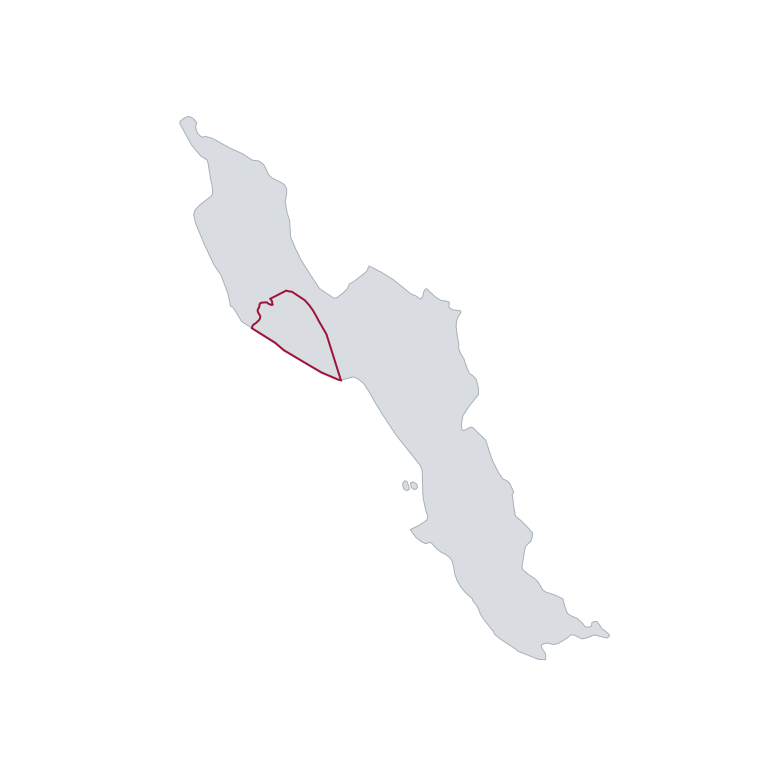 location of Mangochi within Malawi, rotated 153°
{"feature_id": "MWI-1910", "entity_name": "Mangochi", "entity_type": "District", "adm_level": 1, "iso_a3": "MWI", "parent_name": "Malawi", "parent_adm1": "", "projection": "equal_earth", "projection_center": [35.307, -14.139], "detail": "coarse", "context": "in_parent", "style": "outline", "palette": "rose", "viewbox_px": 768, "rotation_deg": 153, "n_neighbors": 0, "source": "natural_earth", "source_scale": "10m", "svg_char_len": 3734}
<svg xmlns="http://www.w3.org/2000/svg" viewBox="0 0 768 768"><g transform="rotate(153 384 384)"><path d="M316.2,448.9L312.8,442.8L310.0,444.3L306.2,448.6L304.1,449.8L303.0,449.6L302.3,448.6L301.5,445.8L298.5,437.9L295.1,432.3L291.6,430.1L288.7,427.5L289.9,425.0L291.3,423.3L290.7,421.4L289.0,418.7L282.8,414.8L282.6,413.1L288.2,409.7L291.7,405.7L294.0,401.8L297.0,393.3L299.4,384.9L301.2,382.2L301.9,376.5L301.4,370.2L302.6,362.2L303.2,354.6L301.3,351.6L299.7,346.5L301.6,337.8L304.5,331.7L318.5,325.5L328.2,319.8L330.2,317.3L333.5,312.5L335.4,307.7L334.0,306.3L326.4,306.2L324.5,304.4L318.9,287.8L321.9,268.7L322.2,261.2L322.1,251.9L321.1,245.2L318.6,242.3L317.1,238.7L317.5,228.7L319.8,227.5L324.6,214.4L326.8,206.6L324.1,200.4L321.2,191.6L319.9,185.9L319.2,184.1L321.2,180.6L324.5,177.2L328.2,176.3L332.1,174.7L344.3,158.3L344.5,155.1L342.2,149.6L337.6,141.3L336.6,138.0L336.0,128.0L334.2,125.0L327.4,118.3L322.2,111.2L323.8,104.1L324.7,96.2L322.1,91.9L318.3,87.5L315.9,81.0L314.8,76.1L311.8,74.2L309.0,74.1L307.0,77.1L304.8,76.9L302.2,75.8L301.3,71.6L301.1,67.1L299.3,64.0L297.5,59.7L297.3,57.4L298.4,56.8L300.7,56.4L310.6,65.0L316.7,65.4L323.4,67.0L329.1,74.6L332.0,75.6L335.8,74.5L346.6,73.7L351.0,74.8L356.5,79.2L358.7,79.9L362.2,80.0L362.8,78.8L363.2,76.2L362.6,70.9L363.4,68.1L365.5,65.0L371.4,68.6L386.1,85.1L386.6,87.2L396.0,103.6L399.0,110.6L399.0,114.2L401.9,128.5L402.6,135.3L401.9,140.4L402.0,144.4L403.2,150.3L402.8,152.7L406.2,161.3L407.8,168.5L408.1,175.5L407.2,182.4L404.2,192.3L403.7,196.4L404.4,200.0L406.3,204.0L409.5,208.3L411.9,213.4L413.5,219.5L414.9,222.3L416.6,222.2L419.7,223.1L422.3,226.7L425.2,232.6L426.2,239.4L426.6,242.4L418.2,242.1L407.7,243.3L405.1,245.9L404.3,251.9L401.0,264.1L399.2,268.6L395.3,276.8L389.8,288.4L388.7,292.2L388.9,296.1L392.1,311.8L395.5,328.4L396.6,334.8L399.1,356.8L400.4,372.3L400.6,381.4L401.8,393.6L404.8,400.2L408.0,404.3L419.9,406.8L423.4,409.8L430.1,417.6L444.8,439.0L452.9,452.7L460.0,464.8L472.7,487.1L482.5,504.5L483.7,520.8L485.4,523.1L482.0,535.2L479.8,554.7L481.4,567.6L480.7,589.6L478.9,613.1L476.6,621.5L473.7,624.6L466.9,627.1L451.8,630.1L449.6,632.8L447.6,637.4L444.6,648.1L441.0,659.0L439.8,663.7L440.5,664.8L443.8,670.3L447.0,684.5L447.6,708.8L446.4,710.6L442.0,711.6L437.2,711.3L435.2,709.9L433.5,707.2L432.2,702.0L435.3,698.4L436.4,692.1L434.4,686.7L430.4,685.5L425.2,680.5L414.3,664.3L405.2,652.9L399.9,643.4L394.4,639.6L392.9,637.3L391.5,633.3L391.5,627.6L392.0,623.3L390.3,618.5L384.8,611.2L382.3,607.1L382.1,602.2L384.4,597.5L389.1,591.7L392.7,580.1L393.9,572.5L400.5,557.3L401.4,544.2L401.6,533.6L401.1,525.7L399.4,509.5L398.2,498.3L390.0,483.7L387.4,482.3L379.6,483.6L372.9,485.8L369.6,488.8L364.6,489.0L351.5,491.5L347.4,492.6L345.0,495.2L343.7,495.8L335.4,484.5L328.1,472.2L318.8,451.4L316.2,448.9ZM411.5,287.6L409.3,288.3L407.9,286.8L408.2,282.3L409.0,279.0L411.2,278.4L412.7,279.3L413.8,280.8L413.8,283.2L413.2,285.7L411.5,287.6ZM406.6,279.4L405.3,283.9L402.7,283.8L400.3,279.8L401.1,276.7L403.4,275.8L405.5,276.9L406.6,279.4Z" fill="#d9dde1" stroke="#a8b0b8" stroke-width="1"/><path d="M420.7,406.8L422.6,408.4L434.6,422.7L457.9,459.4L462.2,470.0L476.4,493.7L474.7,495.5L473.3,496.2L471.4,496.3L469.9,496.6L466.8,497.5L465.4,498.2L464.5,499.0L463.6,500.3L463.4,500.8L463.4,501.3L463.7,504.2L463.6,505.4L463.4,506.5L462.7,507.6L460.4,509.1L458.8,511.3L457.9,512.0L456.9,512.2L456.0,512.0L451.6,510.1L451.2,509.7L450.6,508.2L449.9,507.2L448.8,505.9L448.1,505.4L447.4,505.2L447.2,505.3L447.1,505.7L447.0,506.5L446.3,508.4L446.3,509.7L446.7,511.0L446.6,511.6L428.7,511.6L426.6,509.6L424.7,508.5L423.9,507.5L416.6,494.7L414.8,487.9L413.9,482.0L413.5,473.4L413.5,469.9L412.7,454.4L420.7,406.8Z" fill="none" stroke="#9f1239" stroke-width="2"/></g></svg>